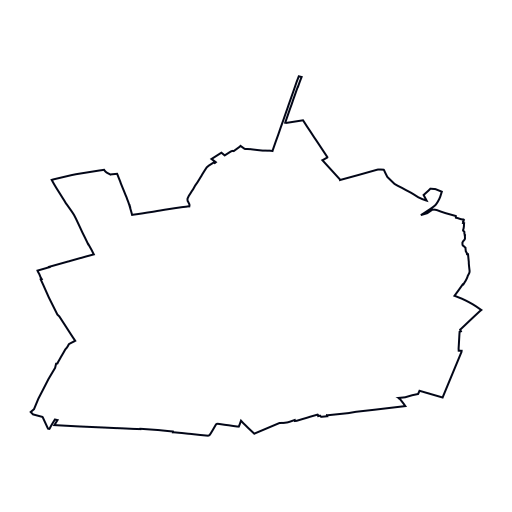 the district of Iecava, Iecavas, Latvia
{"feature_id": "27541924B74640120803462", "entity_name": "Iecava", "entity_type": "district", "adm_level": 2, "iso_a3": "LVA", "parent_name": "Latvia", "parent_adm1": "Iecavas", "projection": "natural_earth1", "projection_center": [24.213, 56.601], "detail": "fine", "context": "isolated", "style": "outline", "palette": "ink", "viewbox_px": 512, "rotation_deg": 0, "n_neighbors": 0, "source": "geoboundaries", "source_scale": "gbopen_adm2", "svg_char_len": 5783}
<svg xmlns="http://www.w3.org/2000/svg" viewBox="0 0 512 512"><path d="M63.1,353.3L60.8,357.2L60.7,357.4L60.1,358.5L59.2,360.1L58.1,362.0L57.4,363.5L56.1,363.7L55.1,367.9L53.3,370.9L48.5,379.0L42.6,390.5L38.4,398.6L34.0,409.2L30.7,412.0L33.0,414.4L36.0,415.2L42.4,416.9L42.7,417.2L43.3,418.5L47.5,427.6L48.1,428.7L49.4,428.9L49.9,428.1L50.6,426.7L51.8,424.6L54.9,419.5L57.5,420.1L54.4,425.1L78.1,426.4L96.1,427.2L105.4,427.6L115.6,428.1L116.6,428.1L123.5,428.4L129.5,428.7L133.5,428.9L140.0,429.1L140.4,429.1L140.4,428.8L140.7,428.8L159.0,430.1L161.7,430.4L170.6,431.3L173.0,431.5L173.1,431.8L173.0,432.3L173.6,432.3L175.1,432.4L179.3,432.8L181.8,433.0L187.9,433.7L190.6,433.9L194.1,434.3L198.6,434.8L199.4,434.9L207.9,435.7L208.8,435.5L209.6,435.0L210.6,433.6L211.5,432.1L212.6,430.3L214.8,426.5L215.9,424.6L216.4,424.1L217.2,423.8L217.9,423.8L220.8,424.2L224.7,424.8L228.9,425.3L233.3,426.0L237.0,426.5L238.8,426.6L238.9,426.4L239.8,424.1L241.0,420.7L243.2,423.1L245.5,425.3L248.0,427.8L251.1,430.7L254.3,433.7L254.9,433.4L278.3,423.5L279.5,423.0L283.8,422.9L287.5,422.4L289.9,421.7L294.7,420.0L294.9,421.0L296.7,420.8L303.0,418.9L305.8,418.1L308.1,417.4L309.9,416.8L317.6,414.6L317.8,414.7L318.2,416.1L319.0,415.9L320.1,415.7L320.5,416.2L321.1,416.8L321.4,416.8L326.6,416.3L326.5,416.2L326.7,415.9L326.9,415.2L327.2,415.3L348.5,413.1L355.9,411.8L373.9,409.8L402.7,406.4L405.3,406.1L403.7,403.8L400.1,399.2L399.2,398.6L399.6,398.2L399.0,397.9L405.1,397.3L412.3,395.2L418.1,394.0L419.5,390.8L442.6,397.5L451.3,376.5L461.5,351.9L461.6,350.8L458.7,350.7L458.6,348.6L458.7,346.8L458.8,345.3L459.4,334.7L459.6,331.8L459.8,331.7L460.9,331.3L460.7,330.9L460.2,329.6L460.5,329.4L469.1,321.2L479.8,311.2L481.3,310.0L479.7,308.9L476.1,306.4L472.6,304.2L468.8,302.1L465.7,300.5L463.8,299.6L461.7,298.6L459.6,297.8L455.6,296.2L454.5,295.8L455.0,295.1L458.6,290.2L459.8,288.5L462.8,284.3L463.3,284.5L464.1,283.2L464.7,282.2L465.5,281.0L466.8,278.5L467.5,276.8L467.7,276.0L468.6,274.3L469.1,273.4L469.5,272.2L469.6,271.0L469.4,269.3L469.1,266.7L468.8,263.4L468.8,261.8L468.7,261.1L468.4,258.1L468.1,255.0L468.0,254.2L467.5,254.2L467.0,254.2L466.8,253.0L465.8,251.3L465.5,248.5L465.5,247.8L465.3,247.6L463.7,246.1L462.8,245.5L462.5,244.7L462.4,242.7L463.0,241.4L464.0,240.3L464.7,239.4L465.0,238.3L464.9,236.7L465.0,235.1L464.7,235.0L464.7,234.6L464.4,233.6L464.4,232.5L464.3,231.7L463.1,230.6L463.1,230.0L463.6,228.4L463.9,226.4L464.0,223.9L464.1,223.2L463.0,223.0L463.4,221.8L463.1,221.6L463.9,219.9L463.5,219.5L462.2,219.4L461.0,219.2L459.1,218.6L458.0,218.2L455.9,217.7L455.8,216.0L445.4,213.1L440.9,211.6L437.2,210.2L436.0,209.9L434.9,209.7L432.3,209.7L427.2,213.2L420.8,215.1L421.4,214.8L423.3,213.6L425.6,212.1L428.0,210.5L430.3,209.0L432.4,207.5L433.6,206.6L434.6,205.8L435.6,204.9L436.4,203.8L436.7,203.4L437.8,201.7L439.2,199.1L440.2,196.8L441.8,191.7L435.4,189.1L430.4,188.7L428.5,190.6L423.6,195.0L426.6,200.6L425.9,200.4L424.5,199.9L422.0,199.0L420.8,198.4L418.3,197.3L413.6,194.3L411.1,192.8L408.1,191.2L406.5,190.4L404.5,189.3L402.0,187.9L399.2,186.5L397.6,185.7L395.7,184.6L394.5,183.9L391.6,181.1L387.8,177.4L387.4,177.0L387.1,176.5L385.5,173.3L385.3,172.9L384.1,170.3L383.8,169.8L383.5,169.7L380.3,169.5L378.1,169.5L376.5,169.9L359.1,174.8L340.8,179.8L340.1,180.0L340.1,179.7L339.9,179.4L322.4,160.2L323.4,159.7L327.3,157.5L327.4,157.3L327.4,157.2L318.8,144.2L316.4,140.6L314.2,137.4L310.5,131.7L307.0,126.5L304.0,121.8L303.0,120.3L286.4,122.9L285.2,122.7L290.5,107.4L290.7,107.0L291.9,103.6L293.3,99.4L295.3,93.8L296.3,90.9L297.8,86.8L298.0,86.8L298.4,85.6L299.6,82.2L300.4,80.1L301.6,77.0L301.2,76.9L298.8,76.3L296.7,81.7L294.0,89.6L288.5,105.2L287.6,107.9L285.9,112.7L283.3,120.2L280.8,127.2L279.4,131.3L278.2,134.8L275.8,141.4L272.7,150.3L272.5,151.0L271.9,150.9L269.9,150.7L264.8,150.6L262.7,150.6L257.1,150.0L255.5,149.8L252.1,149.4L250.0,149.1L249.0,149.1L247.2,149.0L245.6,149.0L244.8,148.9L244.4,148.7L240.5,145.9L239.9,146.6L233.7,151.1L233.2,151.0L232.5,150.9L231.5,151.2L231.2,151.3L230.0,152.0L224.7,155.4L221.4,152.7L211.5,159.0L215.8,162.2L214.7,163.1L213.7,162.5L208.8,165.6L206.7,167.4L204.6,170.6L203.1,173.0L202.1,174.6L201.6,175.6L200.2,177.8L199.8,178.5L198.0,181.4L197.4,182.4L196.9,183.1L196.1,184.2L195.8,184.7L195.3,185.3L193.1,189.3L191.7,191.3L190.3,193.6L188.9,195.7L187.8,198.0L187.5,198.8L187.5,199.9L187.7,201.1L188.1,201.7L188.7,202.9L189.1,203.7L189.4,204.5L189.5,205.2L189.3,206.4L187.9,206.4L186.2,206.7L184.3,206.9L182.3,207.1L174.7,208.2L166.9,209.4L165.5,209.6L163.7,209.9L160.3,210.5L157.1,211.0L155.1,211.4L152.8,211.8L147.1,212.6L142.4,213.4L137.6,214.1L133.9,214.6L132.1,214.9L131.3,211.9L130.6,209.5L129.8,206.7L130.0,206.7L129.5,205.0L129.3,205.0L128.1,201.5L127.3,199.5L126.5,197.2L125.5,194.9L123.9,190.9L122.7,188.0L120.8,183.3L120.2,181.5L118.7,177.8L117.5,174.7L117.1,173.8L111.0,174.4L110.5,174.6L108.6,173.6L107.2,172.9L106.2,172.2L105.4,171.5L104.6,170.6L104.1,169.8L101.5,170.2L99.3,170.5L76.1,174.2L71.6,175.1L53.4,179.4L51.7,179.9L51.8,180.1L53.8,183.7L54.8,185.4L56.6,188.4L60.4,194.4L62.7,198.1L64.3,200.6L66.0,203.5L66.6,204.2L66.9,204.6L69.3,208.0L71.7,211.4L73.1,213.5L74.1,215.1L76.0,218.8L79.2,225.6L82.4,232.5L83.7,235.1L85.2,238.1L86.0,239.8L86.7,241.2L88.1,244.2L88.3,244.1L91.4,249.6L93.8,254.4L93.0,254.6L91.9,254.9L89.4,255.6L86.7,256.3L83.9,257.1L81.9,257.7L81.2,257.9L80.2,258.1L69.6,261.1L69.1,261.3L68.7,261.4L68.1,261.5L63.5,262.8L55.3,265.1L49.2,266.8L49.4,267.2L47.1,267.8L46.6,268.0L43.8,268.8L37.5,270.6L37.9,271.6L38.4,272.5L39.4,274.3L40.5,277.1L41.2,278.3L41.7,279.1L40.7,279.4L43.2,284.8L48.8,297.4L52.1,304.0L54.3,308.4L57.4,314.6L59.3,316.4L72.5,336.8L75.2,340.8L69.2,343.9L68.8,344.4L68.4,345.0L68.1,345.7L66.9,347.6L65.3,349.4L63.1,353.3Z" fill="none" stroke="#020617" stroke-width="2"/></svg>